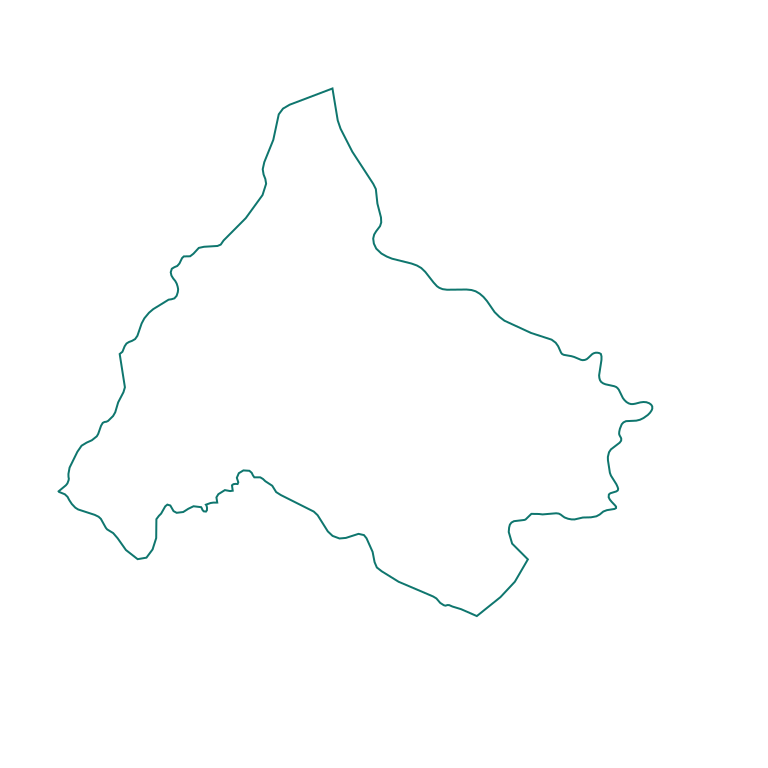 outline of Basse-Kotto, rotated 112°
{"feature_id": "CAF-794", "entity_name": "Basse-Kotto", "entity_type": "Prefecture", "adm_level": 1, "iso_a3": "CAF", "parent_name": "Central African Republic", "parent_adm1": "", "projection": "natural_earth1", "projection_center": [21.411, 4.979], "detail": "fine", "context": "isolated", "style": "outline", "palette": "teal", "viewbox_px": 768, "rotation_deg": 112, "n_neighbors": 0, "source": "natural_earth", "source_scale": "10m", "svg_char_len": 3898}
<svg xmlns="http://www.w3.org/2000/svg" viewBox="0 0 768 768"><g transform="rotate(112 384 384)"><path d="M173.4,582.6L166.5,580.8L160.4,576.1L129.3,542.5L157.0,525.6L163.6,519.9L180.5,500.4L202.5,468.9L206.3,464.6L219.2,457.7L230.7,449.2L235.2,447.1L239.1,446.8L245.4,448.5L249.1,449.1L253.2,448.5L257.6,446.0L261.4,441.9L264.0,435.3L264.8,429.2L264.8,423.5L262.0,403.6L261.8,397.9L262.5,392.9L264.6,387.7L271.3,376.1L273.5,371.5L274.1,368.8L274.1,365.2L273.0,360.9L265.5,342.9L264.1,338.1L263.7,333.8L264.4,329.1L266.0,324.4L268.5,319.6L275.9,308.4L278.5,302.2L280.2,296.0L281.6,266.9L280.1,245.2L281.4,240.3L283.7,236.7L288.7,231.5L289.5,230.0L289.6,228.2L288.0,220.7L287.7,217.8L287.8,210.6L287.5,208.8L286.5,206.9L285.1,205.4L283.3,204.4L278.4,202.2L277.7,201.7L276.7,200.8L275.6,199.3L275.0,197.6L274.7,195.9L274.9,194.2L276.9,192.7L280.2,191.4L295.4,187.8L297.7,186.6L299.5,185.2L300.7,183.5L301.3,181.1L301.3,178.6L299.8,169.7L299.8,167.6L300.3,166.0L301.3,164.2L307.5,157.3L308.8,155.1L309.9,152.4L310.3,149.8L310.1,147.5L309.4,145.7L308.1,143.6L305.0,139.4L303.5,136.7L302.6,133.9L302.5,130.8L303.1,128.5L304.3,126.9L306.4,126.0L308.3,126.0L311.0,126.6L313.9,127.8L318.3,130.6L321.2,133.2L323.5,136.4L327.8,145.7L329.9,147.6L332.3,148.5L337.1,148.5L340.1,148.0L342.2,147.3L343.4,146.3L345.0,144.3L345.9,143.5L347.7,142.9L350.1,143.5L359.6,149.1L363.0,149.8L367.8,149.1L370.8,147.8L381.7,141.3L383.9,139.3L389.9,131.0L391.9,128.9L393.5,127.6L395.1,127.4L396.6,128.4L400.5,133.2L402.2,134.1L404.8,133.3L406.5,131.4L407.9,128.9L410.0,124.3L410.8,122.9L412.1,122.4L413.5,123.5L417.5,130.1L420.1,132.9L424.2,135.1L427.1,137.5L430.1,142.2L433.3,149.6L438.2,156.6L439.3,159.5L440.0,162.9L440.1,166.6L439.5,169.1L438.9,171.2L438.7,173.4L439.4,176.0L445.5,188.1L446.5,191.7L449.2,198.7L456.6,202.0L457.5,203.0L462.5,212.1L464.7,213.9L467.2,214.6L470.3,214.2L474.5,212.9L484.0,205.4L492.7,184.9L518.3,188.6L538.0,196.2L564.4,211.0L563.9,228.2L564.7,237.2L564.6,240.7L565.2,242.4L565.9,243.2L566.5,244.0L566.7,245.7L565.9,249.9L563.2,255.1L562.6,258.8L561.9,296.3L558.5,316.0L556.8,321.9L552.7,326.0L543.9,331.7L533.6,342.4L531.6,346.0L532.5,351.5L541.0,361.7L543.9,367.4L544.1,374.8L541.7,380.9L530.5,396.4L528.6,401.3L525.6,438.1L524.6,443.5L520.2,449.5L518.6,457.6L517.4,460.6L516.9,463.7L519.1,469.3L517.8,471.3L515.9,473.4L514.9,476.3L516.8,482.0L521.1,485.2L526.1,485.3L529.7,482.3L531.6,482.3L532.2,484.2L533.3,486.1L534.9,487.0L539.6,484.3L540.9,486.5L542.0,491.8L548.2,496.3L551.9,496.9L556.4,494.2L557.9,497.8L559.3,500.2L562.6,503.9L563.2,503.0L565.1,501.7L567.4,500.9L569.0,501.3L569.6,503.5L568.7,505.2L567.4,506.5L566.7,507.4L568.7,514.8L573.0,518.7L577.9,522.2L581.1,528.0L580.7,531.5L576.7,536.6L577.0,539.7L579.4,541.0L587.7,542.1L590.5,543.3L594.6,544.4L612.2,537.5L624.1,536.6L634.0,539.2L638.7,546.8L634.6,561.1L626.8,573.2L623.7,579.2L622.5,586.3L621.5,588.1L615.1,596.0L614.0,598.9L613.7,603.2L614.9,620.6L614.3,623.9L612.2,628.5L609.5,632.4L607.2,635.1L605.8,638.6L605.8,644.9L605.4,645.5L597.1,641.0L594.8,640.3L591.2,640.4L589.7,640.8L588.4,641.7L585.6,642.9L579.3,644.2L561.7,642.9L554.5,641.3L549.8,637.8L545.6,633.8L540.1,630.7L537.4,630.3L528.7,630.7L525.4,630.2L523.9,628.9L523.0,627.3L521.6,626.0L515.2,623.2L510.9,622.6L500.6,623.6L489.2,622.5L484.1,623.0L455.2,640.3L452.1,638.6L446.1,638.6L442.9,637.9L440.6,636.2L438.4,633.8L435.6,631.6L431.7,630.7L418.7,631.4L412.9,630.8L406.0,628.6L401.0,626.0L386.5,615.3L385.1,612.9L383.1,610.4L379.9,609.3L376.0,609.6L373.2,610.4L370.9,611.9L368.6,613.8L366.7,616.1L365.1,619.0L363.1,621.7L360.3,623.6L356.6,623.9L354.2,622.1L352.0,619.9L348.9,618.8L342.9,618.4L340.7,617.4L338.2,611.6L334.6,609.5L327.2,606.7L324.2,602.3L318.4,590.1L315.9,587.6L311.0,586.5L282.0,574.3L254.3,567.4L242.5,568.3L238.4,570.8L234.9,574.1L230.3,576.9L223.1,578.1L199.1,578.1L173.4,582.6Z" fill="none" stroke="#0f766e" stroke-width="2"/></g></svg>